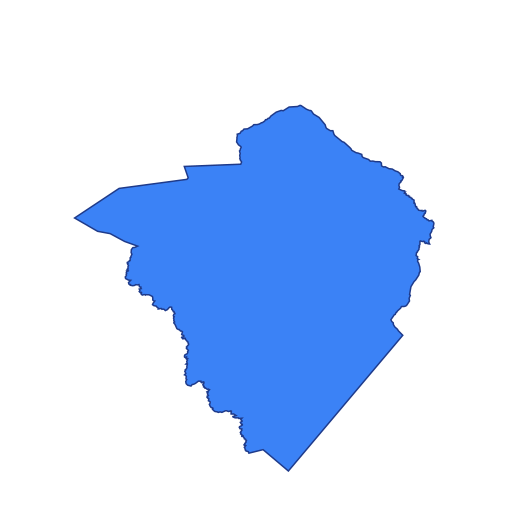 Andalgalá, Catamarca, Argentina, rotated 310°
{"feature_id": "61730980B92024748366562", "entity_name": "Andalgalá", "entity_type": "district", "adm_level": 2, "iso_a3": "ARG", "parent_name": "Argentina", "parent_adm1": "Catamarca", "projection": "orthographic", "projection_center": [-66.355, -27.481], "detail": "fine", "context": "isolated", "style": "filled", "palette": "blue", "viewbox_px": 512, "rotation_deg": 310, "n_neighbors": 0, "source": "geoboundaries", "source_scale": "gbopen_adm2", "svg_char_len": 6169}
<svg xmlns="http://www.w3.org/2000/svg" viewBox="0 0 512 512"><g transform="rotate(310 256 256)"><path d="M168.5,92.6L173.1,118.8L179.4,129.9L182.7,146.0L187.5,159.0L184.6,157.6L183.3,156.3L180.8,156.4L178.4,158.1L177.6,159.8L174.9,160.6L174.5,161.0L173.9,160.7L171.6,162.5L171.0,162.0L169.9,162.2L168.4,161.5L167.9,161.8L167.5,162.5L167.7,162.9L167.2,163.0L166.7,164.5L165.5,164.8L163.9,166.3L163.4,165.8L162.8,165.9L162.6,167.7L162.0,167.6L161.3,166.5L160.9,167.0L159.9,167.3L159.6,168.1L158.6,168.2L158.2,169.0L157.5,169.3L155.9,169.3L154.9,170.6L155.6,173.9L156.8,175.6L153.7,175.4L152.8,176.6L152.9,177.5L153.4,178.1L152.8,178.5L154.0,180.7L155.6,182.0L156.7,182.2L157.8,183.9L158.9,184.7L157.5,186.5L158.2,187.9L157.4,188.3L157.2,189.0L155.6,187.8L154.8,189.4L153.7,189.4L153.6,190.7L154.5,191.6L154.2,192.1L153.1,192.2L152.9,193.4L153.2,194.3L154.1,194.7L155.0,195.7L155.0,196.4L155.5,196.4L157.6,199.1L158.4,202.7L157.4,204.0L155.9,205.2L156.0,206.7L156.4,207.4L153.9,207.5L152.2,208.0L152.3,209.7L153.4,211.6L153.1,213.8L153.3,214.9L152.6,215.2L154.9,217.1L154.7,218.2L155.5,218.8L156.1,219.9L155.9,221.6L158.0,222.6L160.6,222.6L161.7,223.0L162.5,224.3L160.9,225.9L161.1,226.5L160.2,228.6L160.7,228.9L159.7,231.0L158.6,230.5L157.2,231.0L156.6,232.0L156.8,232.4L155.4,232.7L154.8,233.8L153.8,234.4L153.2,236.0L152.4,235.7L151.8,236.3L151.6,237.8L149.5,242.1L149.8,243.9L150.3,244.4L150.0,246.4L150.7,247.3L150.6,248.5L148.1,249.5L148.1,250.3L148.7,251.7L148.1,252.4L147.5,252.5L146.4,251.4L145.8,251.4L145.5,253.3L147.3,254.3L147.5,254.8L146.8,255.2L146.5,257.9L146.2,258.3L146.4,259.2L145.6,260.0L145.3,260.9L144.7,261.3L141.5,261.2L141.2,262.0L140.4,262.2L140.4,263.9L140.1,264.9L138.7,265.1L138.2,265.8L136.9,266.1L134.7,265.1L133.5,265.4L132.7,266.1L132.6,266.6L132.9,267.1L133.9,267.6L132.8,268.1L133.4,269.3L132.4,269.0L132.3,270.4L130.8,270.6L129.8,272.0L128.2,271.8L129.0,273.0L126.9,274.0L126.4,274.7L125.0,275.2L123.2,275.0L123.1,275.6L121.9,275.6L121.0,277.7L119.0,277.6L119.3,278.7L119.0,280.0L117.2,281.1L116.8,281.6L116.9,282.3L114.6,282.9L113.3,284.6L113.1,286.7L114.6,289.8L116.5,289.7L117.7,290.7L119.5,291.5L123.1,292.3L124.7,294.3L124.1,294.8L123.9,295.6L125.7,296.5L125.9,297.2L124.9,297.9L124.3,297.6L123.3,298.0L123.4,298.9L122.7,299.0L122.6,300.2L122.1,300.2L122.4,302.0L122.1,302.1L122.5,302.6L122.5,304.4L123.4,305.0L123.7,306.3L121.4,306.2L120.3,305.7L120.2,306.1L120.8,306.8L120.3,307.1L119.9,306.7L119.1,307.5L118.5,309.2L117.2,308.7L116.9,309.3L116.4,309.3L116.5,309.9L116.1,310.2L116.3,311.6L114.5,312.6L114.9,314.3L114.5,314.9L113.1,315.7L112.4,315.6L111.5,317.4L111.1,318.9L111.8,320.5L111.7,320.9L110.7,321.0L110.4,322.8L110.5,324.5L111.7,326.5L111.9,327.6L113.5,328.7L114.3,330.4L117.8,332.1L118.5,332.9L119.2,334.9L121.2,336.3L121.3,336.9L120.4,337.1L119.9,338.0L119.0,338.3L119.3,339.0L120.6,340.4L121.0,343.3L118.2,341.5L117.9,341.9L118.6,344.0L120.7,346.6L120.5,347.3L122.7,349.5L121.1,349.4L120.5,350.9L120.7,351.3L120.3,351.6L118.5,350.9L117.9,352.6L118.3,353.7L117.8,354.1L117.5,353.6L116.5,353.9L114.7,353.1L114.0,353.3L113.4,354.8L114.4,356.3L113.4,356.8L113.3,357.2L110.8,357.4L110.7,358.4L109.8,358.6L109.9,361.1L109.2,360.7L108.7,361.1L109.4,362.2L109.0,364.1L108.5,364.4L108.9,365.6L108.4,365.9L108.6,367.2L107.4,367.5L107.2,368.0L105.3,367.9L105.1,368.4L104.0,368.1L103.9,368.8L103.4,368.9L104.1,370.0L101.8,370.2L101.8,370.8L100.5,372.5L100.7,372.8L100.2,373.6L101.2,375.9L100.4,377.3L112.2,385.9L112.1,419.0L289.6,419.4L290.2,413.1L290.8,411.4L290.9,407.8L291.8,405.3L293.0,404.1L293.1,402.0L293.9,400.3L300.0,399.7L300.7,400.2L302.9,399.6L303.3,399.9L304.8,399.7L308.9,400.3L310.8,399.9L312.5,401.9L314.0,402.9L315.4,403.1L320.2,402.5L322.0,400.5L325.1,399.5L325.2,398.4L332.1,394.4L338.0,393.5L340.3,393.7L346.0,393.0L348.5,391.7L349.5,391.9L352.8,388.6L355.1,385.1L355.7,383.3L357.3,382.2L357.9,382.7L357.7,381.2L359.4,380.3L359.2,378.4L361.8,376.8L362.7,377.1L363.5,376.6L364.1,376.8L366.0,376.5L366.9,375.7L368.1,375.4L368.5,374.4L370.0,374.3L372.7,372.1L373.2,372.3L374.2,374.4L375.2,375.0L375.4,376.0L374.5,376.5L374.6,377.5L374.8,378.1L375.6,378.1L375.9,379.9L376.8,381.3L377.7,379.4L379.5,378.2L380.2,377.9L382.1,378.3L382.8,378.0L382.9,377.2L384.6,375.3L387.7,374.8L389.5,373.8L391.9,374.1L392.1,373.2L392.6,372.8L395.1,371.5L395.9,370.5L396.1,369.4L395.8,368.7L396.4,367.8L394.1,366.0L394.3,364.5L393.7,363.9L394.1,362.7L393.5,361.4L393.8,360.6L393.5,359.7L393.6,358.8L393.8,358.3L395.4,358.4L396.3,357.8L397.3,358.2L397.6,357.8L399.0,357.6L399.8,356.8L399.8,356.4L399.1,355.7L397.8,355.1L397.4,354.5L397.6,353.8L397.1,353.7L395.6,351.1L396.1,349.6L395.9,349.0L397.0,347.3L396.4,346.6L398.4,344.0L398.1,343.0L398.9,342.8L398.9,342.3L400.4,341.2L400.0,338.7L400.4,338.5L400.1,337.8L400.4,337.0L399.7,335.6L400.4,335.1L399.9,334.2L400.3,333.8L399.4,332.5L399.3,331.6L400.1,331.2L399.5,329.3L401.0,329.3L400.6,328.6L401.4,328.0L400.1,326.0L399.1,322.3L400.9,321.8L401.9,320.1L403.5,319.2L406.1,319.4L406.5,318.7L407.6,319.2L410.7,318.5L410.5,317.7L411.5,317.5L411.6,316.5L411.0,315.6L411.0,314.5L411.8,313.6L411.7,310.5L410.7,308.0L410.2,304.5L408.4,301.8L407.4,297.6L406.2,296.5L405.8,294.8L405.8,294.2L407.8,292.3L407.9,290.4L405.0,286.8L403.9,284.6L402.1,282.6L402.3,280.2L400.3,274.9L400.4,273.4L401.8,271.7L400.4,267.9L399.5,266.4L398.5,261.4L399.2,259.8L399.4,258.0L399.7,250.4L399.0,248.4L398.9,238.9L399.4,237.4L401.4,234.3L399.8,232.5L399.1,228.2L399.4,227.0L401.0,224.6L402.7,215.3L401.7,208.8L402.7,205.2L402.6,204.4L401.9,203.5L400.9,200.4L400.2,193.9L399.7,192.9L397.2,191.7L391.4,185.6L384.8,183.5L383.7,181.7L379.2,179.0L372.6,177.4L370.2,177.6L369.3,176.8L367.4,176.6L366.6,175.7L364.8,175.9L362.2,175.1L361.6,174.5L359.4,173.8L357.5,172.5L355.2,169.9L353.3,169.8L348.0,167.8L345.5,165.2L343.3,165.2L342.2,164.5L339.7,164.9L337.2,163.3L336.2,164.4L334.2,165.4L333.8,165.9L330.9,167.8L329.9,171.1L330.1,174.0L329.7,174.8L327.9,175.2L326.8,175.9L325.9,175.8L324.2,178.2L322.8,178.7L321.1,180.6L320.0,181.1L319.9,181.9L319.1,182.8L319.1,184.0L318.6,184.6L316.5,185.3L278.5,143.5L272.3,153.8L270.3,153.8L219.8,107.7L168.5,92.6Z" fill="#3b82f6" stroke="#1e3a8a" stroke-width="1.5"/></g></svg>